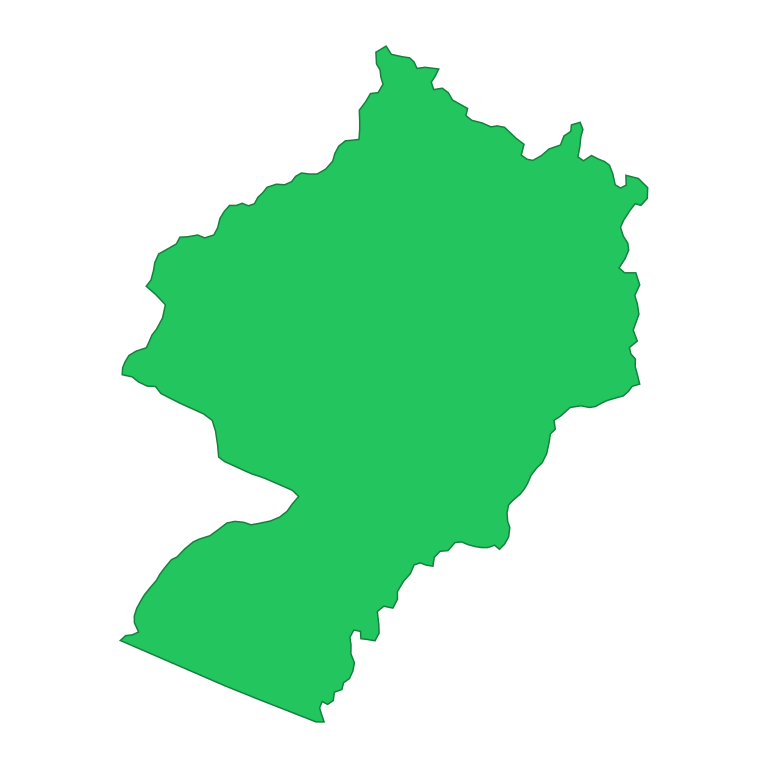 Maringá, Paraná, Brazil
{"feature_id": "56859067B20874146642258", "entity_name": "Maringá", "entity_type": "district", "adm_level": 2, "iso_a3": "BRA", "parent_name": "Brazil", "parent_adm1": "Paraná", "projection": "mercator", "projection_center": [-51.963, -23.405], "detail": "fine", "context": "isolated", "style": "filled", "palette": "green", "viewbox_px": 768, "rotation_deg": 0, "n_neighbors": 0, "source": "geoboundaries", "source_scale": "gbopen_adm2", "svg_char_len": 3219}
<svg xmlns="http://www.w3.org/2000/svg" viewBox="0 0 768 768"><path d="M386.1,46.1L375.9,52.2L376.5,63.9L380.1,70.0L380.8,76.7L383.0,84.3L378.1,92.7L370.5,93.5L365.6,101.8L359.3,110.2L359.7,121.0L359.7,129.4L359.0,139.4L353.2,140.1L345.4,140.8L338.8,146.1L334.9,153.4L332.7,161.2L325.6,169.2L317.1,174.0L309.2,174.0L301.4,173.0L295.6,176.4L291.6,181.7L284.6,184.8L276.4,184.2L267.0,187.3L262.9,192.6L257.8,197.4L254.5,203.7L248.4,205.8L242.1,203.3L236.6,205.4L229.6,205.4L224.3,211.4L220.0,218.3L217.7,227.7L213.8,235.0L204.6,237.9L197.7,235.0L187.6,236.8L179.9,237.2L176.4,243.9L166.8,249.4L158.7,253.9L154.8,262.6L153.5,270.6L151.0,280.0L146.2,286.3L155.9,294.7L165.4,304.8L162.5,318.1L156.4,329.4L151.9,335.2L149.4,341.2L146.3,347.8L136.3,351.0L128.9,355.5L125.1,361.8L122.6,367.8L122.2,374.7L132.2,376.9L138.6,382.0L147.2,386.1L155.5,386.5L160.9,393.5L180.1,403.3L203.6,413.9L212.2,420.4L215.5,430.9L217.6,444.9L218.7,457.1L224.7,461.6L245.2,471.0L252.3,474.1L259.3,476.3L265.0,478.4L292.4,490.3L298.7,496.5L292.4,503.8L287.1,511.3L279.5,517.2L270.3,521.0L259.0,523.4L251.0,524.8L243.7,522.3L234.9,521.4L226.9,523.0L218.6,529.4L210.0,535.7L199.1,539.2L193.2,541.9L184.7,549.0L177.0,557.0L171.3,559.8L164.4,568.2L159.7,574.5L156.5,580.3L149.8,588.1L144.3,595.0L141.1,600.3L136.7,608.4L134.3,616.0L134.4,622.7L138.6,632.0L132.1,634.9L125.7,635.6L120.3,640.5L225.4,686.0L257.4,698.9L316.0,721.9L324.1,721.9L321.5,714.2L319.6,707.9L322.2,701.6L327.6,704.4L333.3,700.5L334.3,692.2L341.9,689.5L343.6,682.7L349.4,678.6L352.9,671.0L354.4,662.8L350.9,653.7L351.0,644.7L349.9,637.4L353.8,630.0L360.5,631.4L360.9,638.7L367.6,639.5L375.0,640.8L379.1,633.1L378.8,624.7L377.3,611.5L383.9,606.2L392.9,608.1L397.5,599.2L397.4,591.6L403.5,581.4L410.5,573.4L414.1,564.9L420.2,562.9L426.2,565.1L432.9,566.2L434.3,557.3L440.1,551.3L448.0,550.6L455.0,542.6L461.5,541.9L468.5,544.8L475.5,546.6L481.8,547.6L487.7,547.6L494.7,545.2L499.4,549.3L504.4,544.4L508.6,537.0L509.8,527.6L507.7,521.6L507.0,512.9L508.6,504.9L513.3,500.0L520.1,494.2L524.6,488.6L527.6,483.3L531.1,475.2L536.8,467.9L542.2,462.7L546.7,453.6L549.3,441.4L550.3,434.0L555.3,429.2L554.0,420.4L560.8,415.9L570.1,407.5L580.8,405.8L589.6,407.5L595.5,406.5L601.2,403.3L607.2,400.5L616.3,397.8L623.3,395.9L628.4,391.4L632.2,386.3L639.7,384.1L637.3,374.4L635.2,366.7L635.4,359.0L630.9,354.0L629.4,347.5L637.3,341.1L633.2,330.1L638.9,314.3L637.4,304.2L634.8,295.5L639.7,284.9L635.8,272.8L624.6,272.8L619.1,267.9L625.0,258.8L628.7,250.1L627.8,243.2L623.3,236.1L620.5,227.4L623.6,220.3L630.1,210.3L635.2,203.7L640.9,205.4L647.3,198.4L647.7,187.7L638.4,178.5L625.9,175.3L626.2,185.1L620.5,188.0L615.2,184.8L612.7,173.6L609.5,165.3L604.5,161.5L598.2,159.0L591.5,155.5L583.5,160.8L577.9,156.8L579.8,147.1L580.8,137.0L582.9,129.4L580.1,122.3L571.4,124.9L570.8,131.4L564.0,135.9L560.5,145.0L549.0,149.0L541.6,155.5L532.9,160.4L527.2,159.3L521.3,155.1L524.0,144.3L516.2,138.4L504.5,127.3L497.1,125.9L491.0,126.9L482.3,123.0L471.8,120.3L465.9,115.7L467.6,108.5L458.3,103.3L452.5,100.0L448.3,92.7L442.3,88.2L433.7,89.6L431.3,82.2L435.2,76.2L438.7,69.0L424.9,67.3L417.0,68.4L414.1,62.0L409.6,57.8L402.6,56.8L391.4,54.4L386.1,46.1Z" fill="#22c55e" stroke="#15803d" stroke-width="1.5"/></svg>